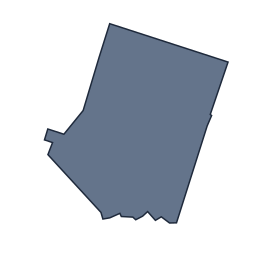 outline of Jefferson, Pennsylvania, United States of America, rotated 197°
{"feature_id": "52423323B89311736778366", "entity_name": "Jefferson", "entity_type": "district", "adm_level": 2, "iso_a3": "USA", "parent_name": "United States of America", "parent_adm1": "Pennsylvania", "projection": "albers", "projection_center": [-79.001, 41.141], "detail": "fine", "context": "isolated", "style": "filled", "palette": "slate", "viewbox_px": 256, "rotation_deg": 197, "n_neighbors": 0, "source": "geoboundaries", "source_scale": "gbopen_adm2", "svg_char_len": 453}
<svg xmlns="http://www.w3.org/2000/svg" viewBox="0 0 256 256"><g transform="rotate(197 128 128)"><path d="M88.2,48.0L84.8,53.8L74.8,47.7L70.2,52.8L60.5,49.3L53.9,51.5L52.9,153.1L51.7,164.4L53.3,165.0L51.6,220.3L176.0,222.4L176.3,187.1L176.0,131.6L187.5,103.3L204.4,103.6L204.4,92.2L195.9,92.0L196.8,79.1L129.2,39.4L125.4,33.6L119.1,36.8L110.8,44.0L108.5,41.4L97.3,44.2L93.8,42.5L88.2,48.0Z" fill="#64748b" stroke="#1e293b" stroke-width="1.5"/></g></svg>